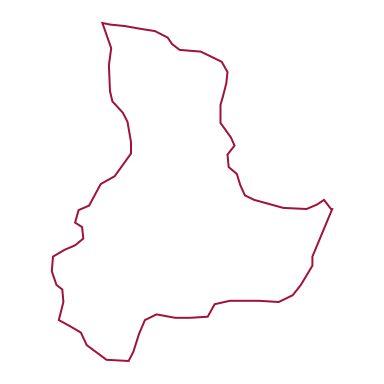 Gyeongsan-si, North Gyeongsang, South Korea
{"feature_id": "91817680B37299464646583", "entity_name": "Gyeongsan-si", "entity_type": "district", "adm_level": 2, "iso_a3": "KOR", "parent_name": "South Korea", "parent_adm1": "North Gyeongsang", "projection": "robinson", "projection_center": [128.804, 35.841], "detail": "fine", "context": "isolated", "style": "outline", "palette": "rose", "viewbox_px": 384, "rotation_deg": 0, "n_neighbors": 0, "source": "geoboundaries", "source_scale": "gbopen_adm2", "svg_char_len": 1005}
<svg xmlns="http://www.w3.org/2000/svg" viewBox="0 0 384 384"><path d="M102.4,23.0L111.2,48.2L108.9,65.2L110.0,91.2L112.4,101.4L122.8,112.7L127.5,121.8L131.0,142.2L131.0,153.5L114.7,176.2L102.2,183.2L100.7,184.1L89.1,205.6L78.6,210.1L75.1,222.6L82.1,227.1L83.3,238.5L75.1,245.3L64.6,249.8L53.0,256.6L52.9,257.9L51.8,271.3L56.5,285.0L62.3,289.5L63.4,302.0L58.8,320.1L69.3,325.8L80.9,332.6L86.7,345.1L106.5,359.8L128.6,361.0L133.3,351.9L139.1,333.7L144.9,320.1L156.5,314.4L175.2,317.8L190.3,317.8L207.7,316.7L214.7,304.2L229.8,300.8L243.8,300.8L258.9,300.8L278.7,302.0L292.7,295.2L300.8,285.0L312.4,265.7L312.4,256.6L332.2,209.1L331.0,209.0L324.0,199.9L317.1,204.5L306.6,209.0L283.3,207.9L254.2,199.9L244.9,195.4L240.3,185.2L236.8,173.9L228.7,167.1L227.5,154.6L234.5,145.6L231.0,137.6L220.5,122.9L220.5,104.8L222.8,96.9L226.3,83.3L227.5,72.0L221.7,61.8L200.7,51.6L179.6,49.9L172.1,44.1L167.7,37.6L155.0,31.1L140.9,28.9L124.5,26.0L110.4,24.6L102.4,23.0Z" fill="none" stroke="#9f1239" stroke-width="2"/></svg>